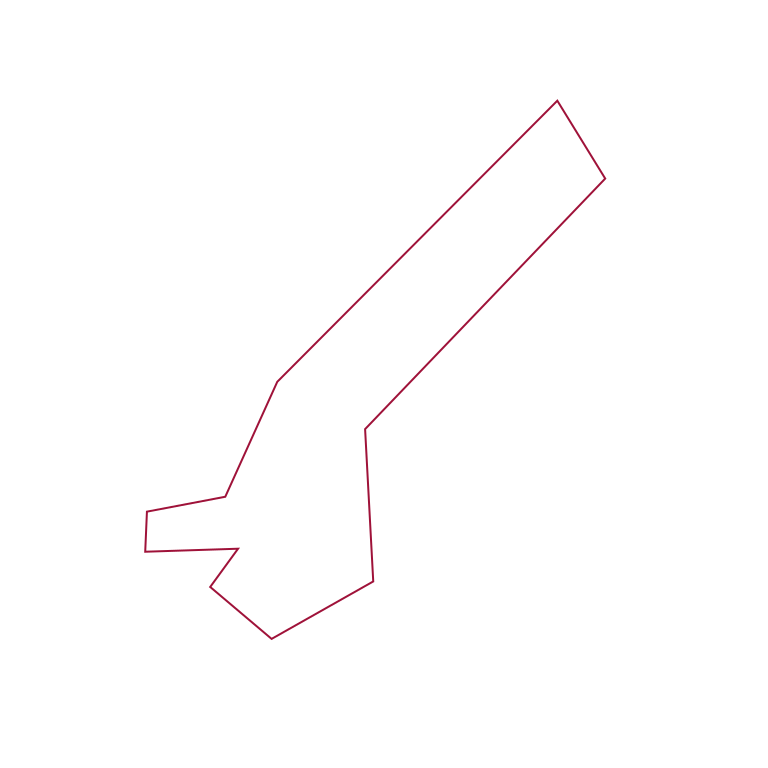 Kapoeta South, Eastern Equatoria, South Sudan (Robinson projection), rotated 245°
{"feature_id": "79223893B10541432646171", "entity_name": "Kapoeta South", "entity_type": "district", "adm_level": 2, "iso_a3": "SSD", "parent_name": "South Sudan", "parent_adm1": "Eastern Equatoria", "projection": "robinson", "projection_center": [33.621, 4.545], "detail": "fine", "context": "isolated", "style": "outline", "palette": "rose", "viewbox_px": 768, "rotation_deg": 245, "n_neighbors": 0, "source": "geoboundaries", "source_scale": "gbopen_adm2", "svg_char_len": 309}
<svg xmlns="http://www.w3.org/2000/svg" viewBox="0 0 768 768"><g transform="rotate(245 384 384)"><path d="M200.5,174.4L209.6,290.8L351.1,347.8L476.7,671.3L567.5,660.8L431.1,288.2L348.9,192.5L368.5,115.2L332.9,96.7L296.4,182.1L273.5,140.7L200.5,174.4Z" fill="none" stroke="#9f1239" stroke-width="2"/></g></svg>